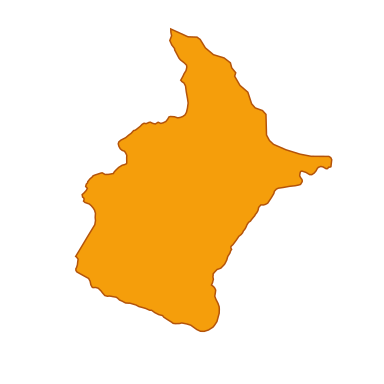 outline of Banyas, Tartus, Syria, rotated 122°
{"feature_id": "27442178B62310236233952", "entity_name": "Banyas", "entity_type": "district", "adm_level": 2, "iso_a3": "SYR", "parent_name": "Syria", "parent_adm1": "Tartus", "projection": "albers", "projection_center": [36.094, 35.15], "detail": "fine", "context": "isolated", "style": "filled", "palette": "amber", "viewbox_px": 384, "rotation_deg": 122, "n_neighbors": 0, "source": "geoboundaries", "source_scale": "gbopen_adm2", "svg_char_len": 3715}
<svg xmlns="http://www.w3.org/2000/svg" viewBox="0 0 384 384"><g transform="rotate(122 192 192)"><path d="M293.2,102.3L288.7,102.2L285.7,103.1L280.4,104.7L276.8,106.8L274.9,108.2L272.7,110.9L270.3,114.9L268.3,117.5L265.3,118.7L262.7,119.9L261.5,121.7L260.8,123.6L260.6,126.2L257.8,126.6L256.2,127.2L254.7,127.6L252.9,129.3L251.5,129.9L250.2,130.7L247.5,130.3L244.5,129.7L241.3,127.2L238.1,126.5L236.1,126.1L234.1,126.2L231.2,126.5L227.8,127.5L226.3,127.5L223.7,127.5L221.3,128.1L219.7,128.0L218.9,129.4L217.5,130.1L214.9,129.4L211.5,129.1L208.8,128.9L204.8,128.8L202.0,127.8L199.8,127.5L197.7,127.8L196.0,127.5L194.2,127.5L192.3,127.7L190.9,128.0L188.9,128.0L187.6,127.9L185.6,127.0L184.7,127.0L182.9,126.8L180.6,126.5L178.7,126.2L177.7,126.4L175.3,126.1L173.1,126.2L171.9,126.5L169.8,127.3L168.5,127.1L167.2,126.9L166.5,126.8L165.7,125.6L165.1,124.5L163.5,123.1L161.4,121.9L158.7,121.8L154.4,121.7L150.0,121.8L147.7,122.5L144.9,122.0L143.0,120.8L139.8,117.0L135.6,112.4L131.9,107.7L129.7,105.4L128.1,104.0L126.3,104.0L125.1,104.0L124.2,104.3L123.1,105.4L122.8,106.3L122.3,107.4L121.3,109.2L119.7,110.0L118.1,110.6L117.0,110.7L116.0,109.9L115.0,105.8L114.9,101.4L113.8,99.6L111.2,98.4L108.5,98.0L105.7,98.2L104.1,97.9L102.1,96.3L101.3,94.1L101.3,93.8L101.2,90.6L100.3,89.4L98.6,89.3L97.7,88.1L96.9,87.6L90.6,90.6L89.3,92.6L89.3,94.8L98.6,109.9L102.7,120.6L106.4,134.7L108.4,148.1L107.3,153.6L104.2,159.0L87.0,170.4L85.6,175.3L87.2,183.0L85.6,188.2L77.8,197.5L76.2,207.8L71.2,217.2L67.7,218.1L65.7,224.0L65.2,224.6L62.1,227.9L61.6,232.8L61.3,235.8L64.2,246.6L62.7,257.1L58.3,265.9L58.0,269.8L62.5,277.6L65.0,296.4L67.8,294.5L70.3,292.1L75.3,291.1L78.0,287.1L79.6,282.8L80.7,282.0L85.4,273.9L86.1,271.7L86.6,266.9L87.3,263.9L88.8,262.6L92.1,261.4L96.0,261.4L98.0,261.1L100.6,260.9L103.1,260.8L103.1,260.7L103.7,259.2L103.8,256.6L105.5,253.7L110.1,249.9L115.3,245.2L118.6,242.4L121.1,241.3L123.3,240.3L127.5,238.9L130.4,238.8L132.5,239.7L132.8,239.8L134.9,241.4L136.7,243.4L137.5,246.8L139.4,250.3L140.5,251.3L143.0,251.2L146.0,251.5L148.7,253.2L150.4,254.8L150.8,257.7L153.8,259.2L154.6,261.7L154.9,264.4L155.8,265.4L157.5,266.5L158.4,267.2L159.1,269.1L160.9,270.1L164.1,270.8L168.5,272.4L169.7,272.9L170.9,274.1L171.0,274.1L174.5,274.7L177.2,275.8L181.0,277.0L185.7,279.8L188.3,280.6L190.2,280.1L190.6,279.7L192.0,278.2L193.4,275.7L193.7,273.3L193.2,270.8L194.3,268.5L195.5,266.7L197.5,265.6L202.0,262.7L202.8,262.6L204.5,263.7L206.3,265.4L210.0,267.2L213.5,268.1L216.0,268.6L218.0,268.5L221.2,272.0L223.2,275.0L223.3,278.2L224.0,279.1L228.9,283.2L230.7,284.5L231.8,284.5L235.0,285.5L238.5,285.9L239.6,285.4L241.3,285.8L243.7,285.1L244.3,282.7L246.7,282.5L250.1,283.1L252.4,283.8L254.3,282.1L254.4,280.8L255.0,279.9L256.0,279.4L257.2,279.2L257.6,277.3L257.3,275.9L256.6,272.7L257.0,270.2L257.9,267.4L259.0,265.1L261.2,262.6L264.9,260.6L267.4,258.7L271.2,257.1L277.6,257.0L285.8,256.9L295.1,256.7L308.3,256.5L308.3,255.6L309.3,253.0L312.0,251.8L314.5,250.6L317.2,249.9L318.7,249.8L320.1,248.8L320.8,247.2L320.4,239.1L320.1,233.9L321.5,231.4L321.8,231.0L324.3,228.6L325.6,226.3L325.6,225.4L324.0,223.1L323.3,220.6L324.1,216.7L325.0,214.4L326.0,211.1L325.2,208.4L324.1,207.1L323.5,205.8L323.1,204.9L323.0,204.5L321.4,200.6L321.4,199.0L322.0,196.2L321.5,192.8L321.5,192.0L321.4,190.6L321.3,189.5L319.8,186.7L319.2,185.8L318.8,184.4L317.5,179.7L317.3,176.3L316.8,174.7L316.3,173.1L315.3,169.6L314.7,165.3L313.7,163.5L314.0,159.7L313.6,155.2L312.4,151.5L313.1,149.6L313.2,145.4L313.2,143.6L313.2,140.4L313.4,138.4L312.5,136.4L310.1,132.8L308.9,131.7L308.5,131.3L306.7,126.6L305.6,122.5L306.1,115.1L305.6,111.0L303.7,107.8L300.3,104.9L295.5,102.6L293.2,102.3Z" fill="#f59e0b" stroke="#b45309" stroke-width="1.5"/></g></svg>